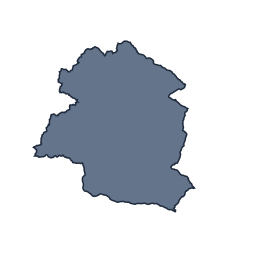 outline of Langkho, Shan, Myanmar, rotated 118°
{"feature_id": "60261553B57199101523672", "entity_name": "Langkho", "entity_type": "district", "adm_level": 2, "iso_a3": "MMR", "parent_name": "Myanmar", "parent_adm1": "Shan", "projection": "albers", "projection_center": [98.032, 20.27], "detail": "fine", "context": "isolated", "style": "filled", "palette": "slate", "viewbox_px": 256, "rotation_deg": 118, "n_neighbors": 0, "source": "geoboundaries", "source_scale": "gbopen_adm2", "svg_char_len": 5862}
<svg xmlns="http://www.w3.org/2000/svg" viewBox="0 0 256 256"><g transform="rotate(118 128 128)"><path d="M107.0,214.6L108.7,214.1L109.6,214.2L110.6,214.9L110.8,214.4L112.6,213.6L113.9,213.3L116.5,211.9L117.1,212.3L118.4,212.3L118.6,211.7L119.9,211.3L120.1,210.3L119.9,208.5L120.1,207.6L119.7,207.1L120.7,207.0L121.0,206.5L122.4,206.6L123.1,207.2L123.5,206.9L124.4,206.9L125.2,206.6L125.9,206.7L126.9,205.8L127.6,205.9L127.7,205.1L128.6,204.8L128.2,204.1L128.0,203.1L126.8,202.2L127.1,201.6L126.5,200.5L127.1,199.0L126.1,197.2L126.0,196.0L126.7,195.8L126.5,194.6L127.2,192.7L127.0,192.3L127.4,190.6L127.0,189.9L127.0,188.2L127.7,186.7L127.0,186.0L128.1,185.6L128.7,185.0L128.7,184.7L129.6,186.0L130.4,186.2L130.9,185.3L132.8,185.4L133.1,185.8L132.8,187.4L133.8,187.9L134.9,190.0L136.3,189.8L136.5,189.3L137.5,189.1L138.7,188.1L139.3,188.2L139.4,188.6L141.5,190.2L142.7,190.2L143.8,191.4L144.5,191.4L144.6,192.9L145.5,194.1L146.2,194.2L146.6,194.9L147.7,195.1L148.3,195.7L148.8,196.0L149.7,195.5L150.1,195.7L150.2,196.5L150.9,197.7L150.3,199.5L150.6,200.3L151.7,201.2L152.1,201.9L152.5,202.0L153.6,201.9L154.1,201.4L154.9,201.2L155.5,201.3L157.1,200.9L157.5,201.3L158.1,200.8L158.9,200.6L161.1,199.3L162.1,200.0L162.3,199.9L162.5,199.0L162.8,199.1L163.2,199.6L163.7,199.8L165.9,199.9L166.4,200.3L166.9,199.7L168.9,198.3L169.9,198.7L170.8,199.8L171.9,200.2L172.9,199.9L174.5,200.6L176.7,199.8L178.2,199.8L179.1,199.1L182.2,197.9L182.6,196.9L183.7,197.2L186.2,199.9L186.2,200.3L188.1,201.3L188.6,202.1L189.5,202.4L189.5,201.4L190.1,199.5L190.0,198.5L191.2,198.1L192.3,197.3L194.7,197.8L195.2,196.9L196.5,197.3L195.1,194.2L195.6,193.5L195.6,192.9L193.7,190.4L193.2,189.3L191.7,188.1L190.8,188.1L189.8,187.3L189.9,186.2L190.8,184.9L190.5,181.9L189.8,181.5L189.2,180.3L188.7,180.3L188.4,179.9L187.8,180.1L186.6,179.3L186.6,178.3L187.0,177.9L187.0,177.1L185.7,176.2L184.7,176.1L184.3,175.7L184.3,173.9L183.3,172.8L182.5,172.8L182.5,172.4L182.9,171.9L183.3,170.3L183.0,169.8L183.2,169.4L182.8,168.9L183.0,168.3L182.9,167.3L182.2,166.6L182.2,165.2L183.3,163.2L183.6,161.2L184.4,160.7L184.4,159.9L183.6,158.9L183.5,157.2L182.0,154.9L181.7,153.2L180.3,151.9L180.8,151.1L182.1,150.2L182.4,149.5L183.9,148.0L186.3,146.6L188.2,144.7L189.6,143.9L192.3,144.8L193.1,144.8L194.5,144.3L196.6,143.0L197.4,141.8L198.4,141.1L199.5,140.5L201.9,139.8L203.1,138.8L204.0,136.9L203.3,134.4L203.3,132.6L203.7,131.2L203.6,130.3L204.5,127.9L204.6,126.6L204.1,125.5L202.2,123.3L199.3,121.6L198.8,120.8L198.4,117.5L197.8,116.4L197.7,115.2L198.1,111.9L199.1,110.6L199.2,109.8L199.3,107.7L198.8,106.2L198.7,103.9L198.3,102.0L196.9,100.7L194.8,97.3L194.9,96.0L194.1,94.8L193.8,93.4L193.1,92.4L193.0,91.8L193.4,90.9L192.3,86.7L191.7,85.6L191.1,85.3L189.9,83.8L188.6,80.8L186.7,78.2L186.4,77.5L186.4,76.0L186.0,74.5L184.6,72.8L183.1,71.6L182.8,70.8L182.7,69.5L181.4,67.5L181.4,64.0L181.8,62.9L181.2,62.0L180.8,59.5L181.0,58.0L180.6,56.3L181.0,55.2L180.9,53.8L180.6,52.8L180.0,52.1L179.8,51.4L179.8,47.1L178.9,47.0L178.6,47.6L178.2,47.6L178.1,48.7L177.6,49.8L175.7,49.4L174.8,50.3L172.5,49.1L170.7,48.6L169.4,48.5L167.9,48.9L164.7,48.5L163.2,48.0L162.9,47.3L162.3,46.9L160.8,46.6L159.1,46.8L158.2,47.3L156.7,47.3L156.5,46.9L155.8,46.8L155.2,46.1L153.4,45.9L152.7,45.4L152.4,44.8L151.1,43.9L150.6,41.9L149.8,41.1L148.7,44.5L147.7,45.2L147.2,46.1L147.3,47.4L146.9,47.5L144.9,51.0L144.3,50.9L143.2,53.0L143.2,53.9L143.7,54.8L143.7,56.4L144.3,58.3L144.4,60.1L143.6,61.3L142.2,64.4L142.3,65.7L142.7,66.9L142.6,68.0L143.2,68.9L143.5,70.0L142.3,71.9L140.4,71.5L139.1,71.0L139.0,70.3L138.5,69.8L137.8,69.6L137.3,69.9L136.5,69.3L136.0,68.1L135.5,67.9L129.7,68.3L126.2,69.4L125.1,70.7L122.5,70.7L121.0,71.1L119.2,71.1L118.0,70.4L117.2,70.3L116.4,71.0L115.2,71.5L112.4,71.7L109.0,72.7L106.2,73.0L105.7,73.4L104.9,74.8L105.0,75.7L104.5,76.3L104.5,78.6L102.6,79.0L101.1,79.5L100.2,80.5L96.5,82.6L95.6,82.9L94.6,82.7L93.9,82.9L93.2,83.4L89.9,83.5L89.3,84.2L88.1,84.9L87.1,84.9L85.9,84.0L84.1,84.1L83.7,84.4L82.8,84.2L82.9,87.0L82.6,88.0L83.0,89.6L83.0,92.3L81.8,96.3L81.7,97.8L80.6,99.3L81.0,99.8L81.9,99.9L81.7,100.8L82.0,102.6L81.6,104.2L81.6,106.5L80.6,107.0L78.1,106.7L76.4,105.4L69.6,101.5L69.3,100.8L69.5,99.5L69.1,99.1L66.7,97.5L65.5,97.2L64.9,97.2L64.4,97.6L63.0,97.5L62.4,98.6L63.0,99.6L62.7,100.6L62.0,101.9L61.9,103.3L61.1,104.9L61.6,106.2L61.1,106.6L60.6,108.8L59.9,109.7L59.1,111.8L58.7,113.1L58.7,114.7L58.0,115.2L57.8,115.9L57.6,118.1L58.0,118.8L58.6,121.3L57.9,123.2L58.2,126.2L57.4,128.6L57.8,129.0L58.5,131.2L58.4,131.9L59.3,134.2L59.0,135.4L58.4,136.4L57.3,136.6L56.7,137.2L56.2,138.5L55.9,141.0L56.5,142.8L57.9,144.0L57.9,144.4L57.1,145.9L56.4,148.1L56.5,149.7L57.5,153.6L57.0,154.2L56.7,155.7L56.1,155.7L55.6,156.8L55.3,157.0L55.1,158.1L54.4,158.3L54.0,158.9L54.2,160.6L53.1,161.9L53.1,163.4L52.5,164.2L52.1,165.3L51.4,166.1L51.7,166.3L51.9,169.9L52.3,170.3L52.8,171.7L54.3,172.7L55.8,173.0L56.9,174.0L57.8,175.4L57.8,176.5L58.4,176.3L59.1,176.4L60.2,176.3L61.6,175.7L63.4,175.4L64.2,173.9L64.7,173.7L65.5,174.3L66.5,174.3L67.5,175.0L68.5,176.3L69.2,176.4L67.7,178.3L68.4,179.6L69.4,180.5L70.0,182.3L73.4,182.4L74.2,182.1L75.2,182.4L75.3,182.6L74.7,183.5L73.7,184.8L73.5,186.8L72.4,189.9L71.7,191.0L71.5,192.6L71.7,193.4L71.7,194.9L72.0,195.6L73.1,195.8L73.6,196.6L74.3,196.5L75.3,196.9L75.1,197.3L75.2,197.7L76.1,198.1L76.7,198.9L76.6,199.8L76.8,200.5L77.7,201.4L78.1,201.4L78.6,201.8L79.2,201.9L79.2,202.0L81.3,202.1L82.1,201.7L82.8,202.2L83.2,202.2L85.0,203.7L85.6,203.6L86.6,202.7L87.0,202.6L88.5,204.1L89.9,204.1L91.3,204.4L92.9,204.1L93.3,203.6L93.3,203.0L93.1,202.3L93.3,202.0L94.1,202.4L94.5,202.9L95.4,203.0L96.7,203.6L97.6,204.6L99.1,205.6L99.8,205.1L101.4,204.9L102.7,204.4L103.2,204.5L104.1,205.6L105.7,205.8L106.4,207.0L106.5,207.4L105.7,208.3L105.9,209.2L105.3,210.3L106.4,211.9L106.6,212.6L106.5,213.3L107.0,214.6Z" fill="#64748b" stroke="#1e293b" stroke-width="1.5"/></g></svg>